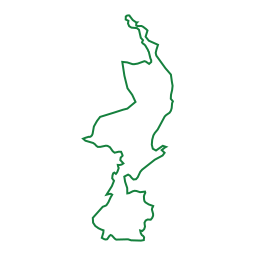 an SVG outline of Limburg
{"feature_id": "NLD-898", "entity_name": "Limburg", "entity_type": "Province", "adm_level": 1, "iso_a3": "NLD", "parent_name": "Netherlands", "parent_adm1": "", "projection": "mercator", "projection_center": [5.902, 51.263], "detail": "fine", "context": "isolated", "style": "outline", "palette": "green", "viewbox_px": 256, "rotation_deg": 0, "n_neighbors": 0, "source": "natural_earth", "source_scale": "10m", "svg_char_len": 2577}
<svg xmlns="http://www.w3.org/2000/svg" viewBox="0 0 256 256"><path d="M137.1,22.4L136.3,23.2L136.2,25.5L137.5,26.1L141.5,26.0L143.1,26.8L146.1,29.1L147.5,30.5L145.6,36.7L148.8,40.7L158.0,44.8L156.4,49.8L155.7,52.9L156.3,55.6L165.4,68.2L170.9,74.6L171.9,81.8L172.6,85.8L172.1,90.1L171.0,94.8L170.8,98.8L172.9,101.3L172.1,103.2L171.7,108.0L170.9,110.7L169.6,112.7L166.1,115.1L164.7,116.5L157.7,129.5L154.8,133.0L153.4,135.4L152.2,139.8L151.8,144.7L152.8,148.7L156.0,150.5L162.8,145.8L166.0,146.9L164.9,147.5L161.7,150.1L164.6,152.8L162.6,155.5L154.8,159.7L142.1,169.7L140.3,171.8L137.7,177.3L136.0,179.2L133.5,179.5L131.6,177.8L130.0,175.7L128.1,174.6L124.3,176.6L125.1,181.7L127.2,188.0L127.3,193.4L129.2,193.1L132.7,191.3L134.6,190.8L136.5,191.0L140.1,192.2L145.0,191.6L145.3,192.8L144.4,194.6L143.9,196.4L144.1,199.5L144.5,201.2L145.5,202.4L148.7,204.4L153.2,206.0L152.9,206.9L152.2,208.0L151.9,209.5L153.1,213.9L153.1,215.7L152.2,217.9L150.7,219.7L147.6,219.5L145.7,220.5L144.5,222.7L144.7,224.6L145.0,226.6L144.2,229.1L142.3,231.0L140.2,230.5L140.8,233.2L141.8,235.0L143.2,236.0L144.1,237.3L143.8,240.1L141.0,240.6L131.1,240.3L129.6,239.8L128.0,239.3L116.2,239.6L114.8,238.7L112.0,235.6L110.6,235.0L109.4,236.0L107.9,238.2L107.2,239.2L105.8,239.5L104.3,239.2L101.8,237.8L103.3,232.8L103.5,230.3L101.4,229.6L98.4,228.2L97.6,227.6L95.3,226.0L93.1,222.7L92.8,217.9L102.7,206.8L104.3,206.2L105.8,205.6L106.5,205.1L108.3,202.4L110.6,197.4L112.2,194.7L110.9,193.9L109.5,193.9L106.5,194.7L111.9,186.1L114.0,180.8L112.2,178.3L112.5,175.4L113.2,173.3L114.3,172.6L115.9,173.9L117.0,172.5L117.7,171.0L118.7,168.0L118.3,167.1L118.1,166.5L117.8,164.9L119.3,165.0L120.8,164.8L122.1,164.3L123.4,163.4L120.3,160.1L120.7,157.6L122.6,155.7L122.3,154.6L121.1,151.8L118.8,151.7L114.6,152.7L112.7,151.2L109.9,147.2L107.6,145.9L105.9,145.7L100.2,146.9L97.8,146.9L96.3,145.8L95.0,144.3L93.2,143.0L85.4,140.7L83.1,138.7L85.4,137.8L88.7,136.8L89.9,136.9L90.9,136.4L91.9,135.4L92.6,133.8L93.9,126.5L96.3,122.2L97.2,120.7L100.1,116.9L113.4,112.8L123.1,109.7L127.4,108.6L130.5,106.0L135.5,101.9L132.2,94.8L127.5,88.3L124.4,75.7L122.3,61.9L127.2,62.4L132.4,64.1L134.0,64.2L137.7,63.6L144.4,61.2L145.8,61.6L149.1,63.9L151.2,62.0L151.2,60.2L150.4,58.4L148.8,51.8L148.2,50.9L148.0,50.1L145.3,45.5L144.1,44.3L142.7,43.4L142.0,42.3L143.0,40.2L140.8,37.8L139.0,29.8L136.9,28.1L131.4,27.6L129.2,26.2L128.0,23.5L128.4,20.8L125.7,19.5L125.8,16.5L127.0,15.6L128.3,15.4L129.0,15.4L129.4,15.5L130.0,16.4L132.5,19.7L133.0,20.2L136.5,22.6L136.9,22.4L137.1,22.4Z" fill="none" stroke="#15803d" stroke-width="2"/></svg>